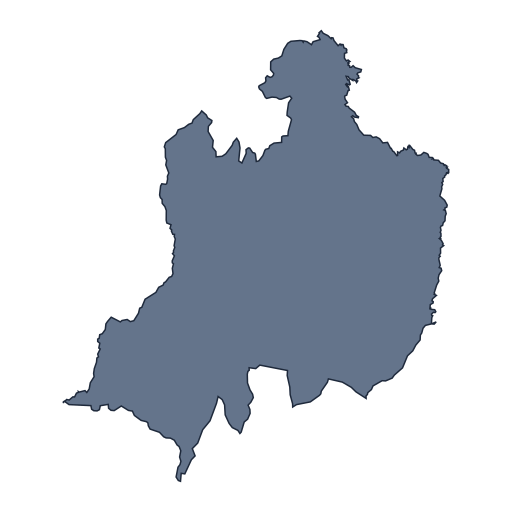 the district of Ho Municipal, Volta, Ghana
{"feature_id": "2480657B35240131522033", "entity_name": "Ho Municipal", "entity_type": "district", "adm_level": 2, "iso_a3": "GHA", "parent_name": "Ghana", "parent_adm1": "Volta", "projection": "natural_earth1", "projection_center": [0.554, 6.677], "detail": "fine", "context": "isolated", "style": "filled", "palette": "slate", "viewbox_px": 512, "rotation_deg": 0, "n_neighbors": 0, "source": "geoboundaries", "source_scale": "gbopen_adm2", "svg_char_len": 5992}
<svg xmlns="http://www.w3.org/2000/svg" viewBox="0 0 512 512"><path d="M431.4,323.9L431.8,317.6L432.7,315.7L431.8,315.4L431.5,314.1L433.4,312.3L435.0,312.6L435.8,311.7L434.7,309.7L430.9,309.3L430.7,308.1L429.9,308.5L430.3,304.6L433.1,303.0L433.2,301.6L432.0,300.8L432.5,298.8L436.4,295.4L434.2,294.3L434.7,293.6L434.2,292.9L436.7,285.0L438.8,281.1L438.2,278.2L439.0,274.7L441.7,270.7L441.1,268.2L439.2,267.6L440.2,265.3L438.8,259.0L439.0,257.5L440.2,256.3L439.2,255.2L440.6,253.2L440.5,248.1L443.7,245.6L442.5,244.8L443.1,243.6L441.3,240.3L439.5,238.7L440.7,238.5L440.1,237.4L441.0,236.4L440.9,233.2L440.2,232.5L441.0,230.3L440.4,227.4L441.1,226.0L442.6,225.5L443.2,222.8L445.0,220.8L445.2,216.2L446.2,213.7L445.4,210.5L443.9,209.9L445.0,209.1L445.0,207.9L446.8,207.1L447.2,205.1L444.6,200.3L439.8,196.0L441.9,188.8L441.6,186.7L442.7,184.5L441.8,182.6L443.1,181.6L442.8,178.5L444.7,177.0L444.6,175.9L446.0,174.7L446.5,172.9L447.4,173.2L447.3,172.0L448.1,173.3L448.7,172.7L448.7,169.5L446.7,168.3L447.4,167.1L446.3,167.0L446.7,165.8L444.9,164.8L444.2,165.4L443.3,163.7L440.6,163.0L438.4,160.3L433.8,159.9L433.4,158.6L432.4,158.8L432.9,158.1L432.2,157.5L429.2,157.4L428.0,154.3L426.7,153.4L423.8,152.4L420.9,155.0L417.5,155.5L415.9,154.2L416.2,153.2L415.1,153.0L414.5,150.2L412.9,149.5L409.6,145.3L408.9,145.4L409.1,147.4L407.9,146.7L407.4,149.2L406.2,149.8L403.9,148.0L403.3,150.1L400.6,151.3L399.6,152.9L397.6,151.9L397.6,155.5L396.8,155.7L393.7,151.5L392.8,151.3L391.2,148.3L390.6,148.4L387.5,142.4L382.8,142.9L379.6,138.7L376.2,136.9L372.8,137.5L370.6,135.4L363.8,135.2L359.0,129.8L356.8,124.5L354.4,121.6L353.6,118.7L351.4,116.8L352.7,115.7L354.6,117.1L358.3,117.7L358.5,116.7L356.3,115.4L354.6,112.2L349.2,108.1L348.3,106.5L346.1,106.2L344.9,104.6L347.5,102.7L345.2,99.4L344.6,96.8L345.0,95.8L346.7,95.2L348.0,90.8L349.3,90.2L348.5,86.8L347.5,87.0L345.7,84.4L346.6,83.6L347.7,85.0L347.8,84.2L349.6,84.9L350.2,84.3L348.9,79.8L347.7,80.0L346.1,76.3L348.3,76.6L349.0,78.1L352.7,80.4L352.6,79.5L353.2,79.5L355.9,81.1L356.6,82.6L357.7,81.0L356.8,80.7L356.7,79.0L359.0,77.8L358.4,77.4L358.6,75.9L357.0,74.1L357.8,72.9L360.8,71.9L361.4,69.5L355.2,67.7L353.1,65.7L351.2,67.3L349.8,67.3L349.6,65.8L347.6,65.2L348.4,65.1L347.9,63.1L348.9,63.4L348.7,62.0L349.9,61.5L348.1,60.0L346.4,60.9L344.4,58.1L344.5,53.4L346.8,52.6L346.4,50.7L346.9,50.0L346.2,48.7L344.0,47.9L343.1,44.6L341.2,44.4L341.0,45.1L340.0,44.0L338.1,45.7L334.0,40.6L333.0,37.9L331.6,37.7L331.1,38.7L328.0,35.7L323.2,33.3L321.3,30.7L319.0,32.8L319.4,33.5L317.5,36.4L319.1,37.4L320.1,39.6L313.1,41.7L311.5,44.7L307.0,41.7L303.8,40.9L303.2,42.2L302.2,40.7L299.9,40.5L290.9,41.3L287.7,43.3L283.9,49.3L281.8,55.9L278.3,58.1L273.7,59.1L270.7,61.9L270.6,69.8L273.7,73.4L273.4,75.2L272.0,76.8L270.1,77.4L267.2,75.8L265.6,77.8L265.9,80.9L264.9,82.7L259.2,85.7L258.7,86.9L259.4,88.9L262.4,91.4L265.4,97.5L266.7,98.4L272.0,97.1L276.5,97.5L279.2,99.1L281.2,99.2L289.9,96.1L291.7,98.2L288.6,102.8L287.2,112.1L287.0,115.4L290.6,118.0L291.5,119.7L288.3,131.2L287.9,135.7L283.0,136.0L281.7,136.9L281.6,142.4L274.0,143.1L269.8,145.7L268.8,148.5L265.7,149.3L264.9,150.3L262.9,155.6L258.8,160.9L256.3,161.5L255.4,154.2L254.7,153.1L252.6,152.5L249.7,148.1L248.3,147.9L246.0,149.7L246.2,153.3L241.9,163.0L238.7,160.9L240.0,148.0L239.0,142.0L236.7,138.3L233.3,142.2L232.2,145.3L225.8,153.8L222.1,156.3L216.1,156.8L215.9,151.6L212.5,147.3L213.2,140.5L208.1,131.5L208.4,126.3L211.6,122.6L211.9,120.5L207.6,117.8L206.3,115.0L201.7,110.9L199.9,113.6L193.3,119.6L192.0,123.1L188.7,124.3L184.4,127.6L178.2,129.8L176.1,134.5L165.7,142.6L164.3,146.9L165.3,148.7L165.4,157.2L166.6,160.4L165.8,164.9L168.8,173.0L167.4,176.2L167.6,179.1L166.7,183.6L165.7,184.3L161.8,183.8L160.6,186.0L159.6,195.0L160.4,197.7L162.1,199.5L162.2,203.3L164.9,206.6L166.3,210.5L166.2,220.2L166.8,223.0L171.0,224.7L170.0,228.4L171.7,229.9L171.4,231.1L172.8,234.3L174.5,234.4L174.2,236.5L175.3,239.0L174.1,245.7L174.8,247.4L173.4,250.9L173.6,252.4L172.5,253.6L174.4,255.8L172.2,260.9L172.3,262.8L173.5,263.8L172.3,268.3L173.0,273.6L171.6,276.5L169.2,277.3L165.5,282.0L164.1,282.6L163.1,285.1L158.7,287.3L155.9,292.4L145.1,299.2L141.8,307.3L139.7,308.2L138.5,313.2L133.8,320.7L130.3,321.6L127.2,319.5L122.0,320.5L120.3,321.9L111.2,317.2L107.6,321.4L105.9,323.9L105.3,329.5L102.3,333.7L99.7,334.7L99.2,338.2L97.7,339.1L97.7,341.5L99.8,343.2L98.8,348.0L100.2,349.0L97.7,354.1L98.5,356.8L96.9,358.0L96.5,362.3L94.3,368.6L93.6,373.4L94.1,376.7L90.3,382.8L89.2,389.0L86.8,392.5L85.0,390.6L79.1,392.1L78.3,391.5L78.4,392.4L76.5,393.1L74.6,396.9L72.8,396.9L69.2,400.0L66.6,399.5L64.9,401.6L69.0,404.6L90.9,405.6L91.6,409.2L93.8,410.7L97.1,410.9L99.4,409.7L100.3,405.7L108.2,404.4L108.6,408.3L111.0,410.3L114.2,410.6L121.3,406.0L128.4,410.4L132.4,411.1L134.4,415.5L141.1,420.4L146.5,421.7L147.9,422.9L148.3,425.8L150.1,429.1L159.5,432.3L163.7,436.8L166.1,437.9L170.4,438.1L174.3,440.2L177.1,445.0L179.1,446.5L180.8,450.8L179.6,457.0L180.9,461.3L180.0,464.6L178.0,467.2L176.1,477.0L178.3,480.5L180.5,481.3L181.2,473.3L184.8,473.9L191.4,459.7L195.1,455.9L192.3,448.6L197.7,443.1L202.7,429.7L210.0,420.8L216.5,403.3L218.1,396.5L222.2,399.6L224.6,404.9L225.2,414.9L229.1,423.4L232.3,427.6L237.9,430.4L239.9,433.5L241.2,432.1L244.2,422.0L247.6,419.2L250.1,413.4L249.9,409.5L248.1,405.1L250.8,402.3L253.3,397.6L252.6,394.2L250.0,389.9L247.5,383.0L247.3,374.2L247.9,371.4L249.2,370.3L249.1,367.7L255.7,368.6L259.8,365.1L287.5,370.5L287.2,375.5L289.8,387.1L290.2,394.8L292.6,403.8L292.7,407.0L296.5,404.6L310.3,401.9L319.5,395.3L320.8,393.8L321.3,391.1L327.4,382.3L328.4,378.9L342.3,382.1L351.3,387.3L355.9,391.8L366.1,398.4L366.0,396.0L367.4,394.5L367.8,392.6L371.4,389.6L373.0,385.9L382.1,380.7L385.6,380.9L392.2,378.1L394.3,375.1L402.5,367.9L407.5,355.8L412.8,350.8L415.8,345.1L420.1,340.0L420.4,335.0L421.7,333.1L423.0,328.3L425.4,325.4L431.4,323.9ZM436.2,321.9L431.4,323.9L434.2,324.1L436.2,321.9ZM63.3,403.1L63.9,401.5L63.4,401.8L63.3,403.1Z" fill="#64748b" stroke="#1e293b" stroke-width="1.5"/></svg>